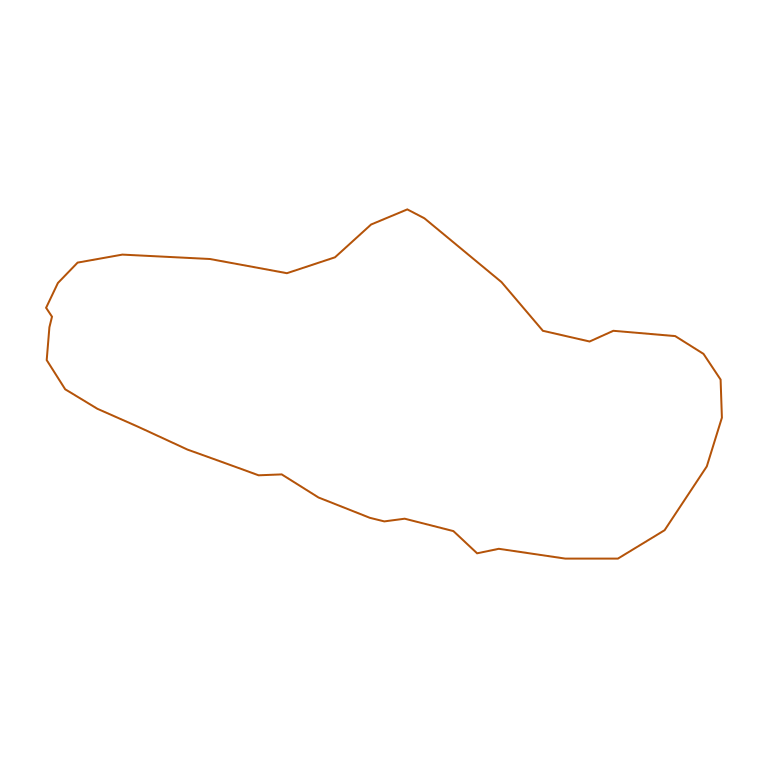 Eauripik, Federated States of Micronesia (Equal Earth projection)
{"feature_id": "79324940B30651235990726", "entity_name": "Eauripik", "entity_type": "district", "adm_level": 2, "iso_a3": "FSM", "parent_name": "Federated States of Micronesia", "parent_adm1": "", "projection": "equal_earth", "projection_center": [143.077, 6.683], "detail": "fine", "context": "isolated", "style": "outline", "palette": "amber", "viewbox_px": 768, "rotation_deg": 0, "n_neighbors": 0, "source": "geoboundaries", "source_scale": "gbopen_adm2", "svg_char_len": 598}
<svg xmlns="http://www.w3.org/2000/svg" viewBox="0 0 768 768"><path d="M77.6,262.6L57.9,283.0L46.1,307.8L52.0,316.7L49.4,327.3L46.7,360.1L65.2,389.3L97.4,408.8L137.5,426.5L187.5,449.6L227.0,463.8L258.6,475.3L281.7,474.4L318.5,497.5L369.8,517.8L384.3,521.4L404.7,518.7L453.4,531.1L477.1,553.3L498.8,548.8L565.3,558.6L617.9,558.6L664.6,530.2L706.8,466.4L721.9,417.7L720.6,379.6L703.5,353.9L675.2,336.1L613.3,330.8L589.6,341.5L542.9,330.8L501.5,282.1L424.4,218.3L407.3,209.4L371.1,224.5L335.0,257.3L286.9,273.2L209.9,259.0L122.4,254.6L77.6,262.6Z" fill="none" stroke="#b45309" stroke-width="2"/></svg>